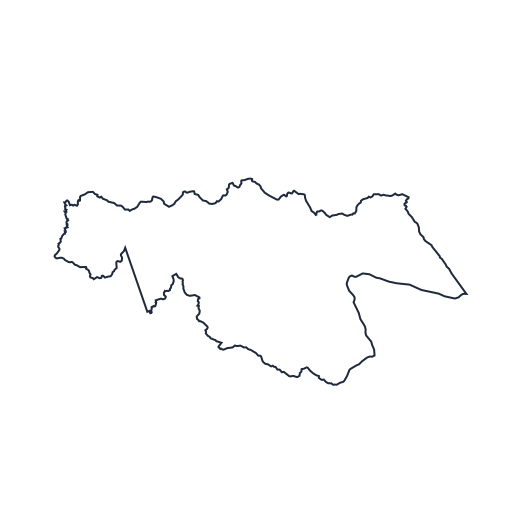 Caracolí, Antioquia, Colombia, rotated 320°
{"feature_id": "7082276B21568084054771", "entity_name": "Caracolí", "entity_type": "district", "adm_level": 2, "iso_a3": "COL", "parent_name": "Colombia", "parent_adm1": "Antioquia", "projection": "albers", "projection_center": [-74.748, 6.347], "detail": "fine", "context": "isolated", "style": "outline", "palette": "slate", "viewbox_px": 512, "rotation_deg": 320, "n_neighbors": 0, "source": "geoboundaries", "source_scale": "gbopen_adm2", "svg_char_len": 6141}
<svg xmlns="http://www.w3.org/2000/svg" viewBox="0 0 512 512"><g transform="rotate(320 256 256)"><path d="M168.9,304.2L169.7,304.4L170.3,306.2L170.9,306.9L174.6,308.0L179.3,311.0L182.3,311.0L183.4,312.7L186.5,314.7L187.9,318.2L189.8,319.8L190.2,322.5L191.6,324.6L193.6,330.4L193.7,333.8L195.3,335.3L195.2,336.5L193.5,340.6L193.4,342.2L193.8,344.5L195.6,346.8L196.5,350.0L197.0,350.5L198.3,350.8L198.6,352.5L199.7,353.5L199.4,356.8L201.1,358.2L201.1,361.7L202.8,362.6L204.2,369.4L204.9,370.3L207.5,371.8L209.4,374.9L210.2,375.4L212.4,375.7L214.3,373.9L216.5,373.7L218.2,372.0L220.1,373.1L223.2,373.9L223.8,374.8L223.7,378.5L224.3,382.3L225.5,386.1L227.0,388.4L225.8,389.8L226.5,392.6L227.0,393.4L228.5,394.2L228.6,397.4L229.5,399.9L231.8,401.9L232.4,404.4L233.6,405.0L235.1,406.5L238.8,407.1L241.7,408.4L243.3,408.4L248.7,406.4L254.4,403.3L255.6,403.2L262.4,404.3L265.3,405.2L269.8,404.8L275.9,405.2L278.6,406.2L280.2,407.8L282.9,408.4L286.4,403.5L287.9,398.5L289.2,395.8L289.3,387.6L290.5,385.2L293.0,382.4L294.3,379.5L295.4,371.5L298.1,365.7L301.0,354.2L303.7,352.6L305.0,350.9L305.3,348.4L305.0,342.5L306.8,337.0L307.5,335.7L308.6,334.8L313.2,332.2L314.9,332.0L316.9,332.6L318.0,335.1L319.3,336.3L326.6,338.0L330.4,342.1L331.3,343.2L334.1,349.8L336.6,352.8L341.3,361.0L346.3,367.4L355.3,376.7L360.9,388.4L371.8,402.3L374.5,408.0L381.0,416.4L384.6,417.9L387.8,417.7L389.8,418.0L391.1,418.7L392.8,420.3L394.6,395.2L395.7,389.8L395.2,386.8L395.9,384.2L396.5,377.6L395.9,375.6L396.6,374.2L396.9,362.4L397.4,360.5L395.4,353.5L395.5,350.9L396.4,349.3L395.9,345.2L396.6,342.2L399.0,339.0L400.3,335.4L400.3,333.7L399.6,332.0L400.4,326.2L400.0,321.9L400.9,319.1L400.8,315.9L403.0,315.1L403.1,313.8L402.4,312.8L403.1,311.6L404.2,311.4L405.9,311.8L406.2,311.6L406.3,310.1L408.0,309.5L409.7,309.9L410.7,309.1L407.8,302.7L404.2,301.1L403.0,299.2L402.8,297.7L399.4,297.3L397.6,296.5L394.1,292.7L393.2,291.2L390.6,290.0L389.7,287.5L385.8,284.4L383.2,285.2L381.2,284.6L380.6,283.1L378.7,283.3L374.5,281.3L371.9,281.2L370.5,282.4L368.7,282.1L366.3,282.4L364.3,283.2L361.7,286.0L359.0,286.9L357.9,285.9L356.5,286.3L355.7,285.5L351.7,283.9L350.0,281.0L349.4,279.0L346.3,276.9L344.3,276.4L340.6,274.1L337.5,273.6L336.2,269.7L336.4,267.2L336.0,264.2L335.2,262.9L333.1,262.5L331.5,261.3L330.3,261.7L328.8,263.1L328.2,263.0L328.3,260.1L327.5,257.3L328.7,253.4L329.8,246.1L331.1,242.8L332.6,240.6L332.4,239.6L330.0,236.9L328.4,235.9L327.1,230.4L326.5,230.3L323.8,231.2L323.2,230.7L322.0,228.5L321.2,228.2L320.0,228.4L318.1,229.9L317.6,229.9L317.2,229.2L317.0,227.4L316.5,226.9L313.2,226.5L309.6,227.3L308.3,226.3L304.9,218.1L303.4,213.1L303.4,207.4L304.2,205.6L304.2,203.4L303.0,200.7L302.9,198.8L301.2,196.3L301.3,195.6L302.5,194.6L301.7,193.3L299.6,191.8L295.8,190.4L293.6,188.8L292.9,189.0L291.4,191.1L289.3,191.5L287.7,192.4L286.6,192.2L285.9,191.5L285.3,189.2L284.4,188.0L285.0,184.9L282.2,183.8L281.1,184.1L279.1,186.1L278.1,186.4L276.5,186.2L275.6,188.7L272.9,190.1L271.3,189.9L270.0,188.6L269.3,188.5L266.0,190.0L262.3,190.2L261.3,188.9L259.0,189.5L256.1,188.1L253.9,185.9L253.2,182.1L251.0,179.3L250.6,174.4L251.0,172.1L248.9,169.0L250.0,167.1L250.0,166.3L246.7,164.3L244.2,163.4L243.6,162.8L243.1,160.9L241.7,160.2L240.8,160.4L239.8,161.6L238.7,162.1L232.5,162.7L229.8,162.5L227.0,163.5L224.7,163.4L221.0,162.4L219.2,157.0L220.3,154.9L219.9,151.0L217.5,146.9L215.6,144.4L214.6,144.5L212.0,146.5L210.6,146.6L209.3,146.1L208.3,144.9L206.8,144.3L202.8,140.4L201.1,140.5L196.6,142.0L192.9,141.6L191.5,140.8L188.3,140.3L188.1,138.3L185.5,136.3L185.4,132.2L184.9,130.6L182.0,128.0L181.4,124.3L177.8,119.5L177.7,117.6L175.5,113.7L175.6,111.1L173.8,110.8L172.8,108.2L173.9,107.2L172.5,105.1L172.3,102.2L171.9,101.7L168.2,99.1L164.7,98.8L160.2,97.3L159.3,97.6L156.8,100.4L156.5,100.4L156.1,99.2L155.7,99.1L154.5,99.8L152.7,102.0L151.1,102.4L149.9,100.1L148.3,99.8L147.9,98.3L146.1,97.5L147.4,94.0L147.2,92.2L146.4,91.8L144.5,92.4L143.6,91.7L143.1,94.0L143.2,95.3L142.0,94.9L141.4,95.2L141.0,96.4L139.9,97.5L140.5,98.8L139.4,99.0L139.2,99.9L138.0,98.9L137.8,100.9L136.6,101.6L135.1,105.4L135.5,106.8L134.8,106.9L134.8,107.9L133.8,107.7L132.7,108.1L131.9,109.2L132.0,110.3L131.2,110.3L131.0,111.6L130.0,111.7L130.0,112.9L127.2,111.8L126.2,114.8L125.9,115.0L125.4,114.5L125.2,115.5L124.5,115.4L124.1,116.1L123.2,115.6L120.3,116.1L118.0,117.5L117.1,117.2L115.7,119.5L114.7,119.8L112.6,119.6L112.1,120.7L111.0,121.1L110.3,122.1L110.2,123.9L109.2,125.0L105.2,126.0L102.3,126.1L101.4,126.9L101.3,127.9L101.6,129.4L102.4,130.2L105.0,131.5L106.4,132.9L107.1,134.7L107.1,136.3L108.5,140.0L109.5,141.3L110.9,142.0L111.5,143.0L111.7,146.6L112.7,147.7L114.0,151.4L118.7,155.1L118.6,155.7L117.7,156.4L118.5,158.9L118.5,160.0L117.6,161.9L117.4,163.7L115.8,164.7L115.4,166.1L116.8,168.0L116.8,169.5L120.7,170.0L121.9,172.4L123.0,173.2L123.9,173.1L125.0,172.2L125.7,172.3L126.2,173.0L126.4,175.4L129.7,176.8L131.0,177.8L132.2,178.0L134.4,177.3L135.8,176.2L137.5,176.4L138.7,175.7L141.6,175.6L144.6,171.4L145.7,170.7L147.0,171.1L148.2,173.2L150.2,173.3L152.4,171.1L152.8,168.9L153.7,167.8L158.1,167.3L161.1,165.6L136.9,228.9L138.9,229.5L138.3,231.9L139.1,232.3L139.9,232.1L140.9,230.1L142.2,229.4L143.1,228.1L143.8,228.1L144.3,228.6L145.3,228.4L146.1,229.6L146.6,229.7L149.5,227.7L149.4,226.9L150.1,226.8L150.7,225.5L155.7,227.5L156.9,229.4L158.5,230.1L159.5,230.0L160.8,229.1L160.5,226.7L161.7,225.1L163.8,224.2L164.0,224.8L165.2,225.3L166.4,226.5L168.2,226.8L169.1,225.8L170.3,225.7L172.3,224.0L174.1,224.0L176.8,222.4L178.0,220.6L179.0,217.7L183.4,218.4L182.8,222.4L183.7,224.8L184.8,225.6L184.9,226.6L184.5,227.6L183.5,228.2L182.4,229.9L181.6,230.4L180.8,232.8L179.5,234.1L178.0,238.1L178.0,241.2L179.7,244.0L184.1,246.6L186.0,251.2L185.5,252.1L184.1,251.7L182.3,253.3L182.5,254.5L182.1,255.1L180.6,256.1L179.2,256.4L180.1,257.6L178.5,258.8L177.7,261.8L175.6,263.7L171.7,264.2L170.4,266.4L170.7,267.8L170.5,269.4L171.4,270.0L172.8,273.2L173.4,278.9L172.9,279.8L171.7,280.4L169.5,280.3L169.0,282.0L167.8,283.0L167.8,286.1L168.5,288.1L168.4,290.0L170.9,294.5L170.8,295.6L173.8,300.3L169.0,301.3L168.7,301.7L168.9,304.2Z" fill="none" stroke="#1e293b" stroke-width="2"/></g></svg>